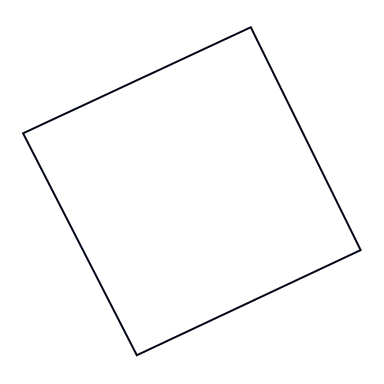 Hockley, Texas, United States of America (orthographic projection), rotated 335°
{"feature_id": "52423323B48286910012363", "entity_name": "Hockley", "entity_type": "district", "adm_level": 2, "iso_a3": "USA", "parent_name": "United States of America", "parent_adm1": "Texas", "projection": "orthographic", "projection_center": [-102.393, 33.607], "detail": "fine", "context": "isolated", "style": "outline", "palette": "ink", "viewbox_px": 384, "rotation_deg": 335, "n_neighbors": 0, "source": "geoboundaries", "source_scale": "gbopen_adm2", "svg_char_len": 221}
<svg xmlns="http://www.w3.org/2000/svg" viewBox="0 0 384 384"><g transform="rotate(335 192 192)"><path d="M73.0,316.6L320.3,315.9L314.9,67.5L63.7,67.4L73.0,316.6Z" fill="none" stroke="#020617" stroke-width="2"/></g></svg>